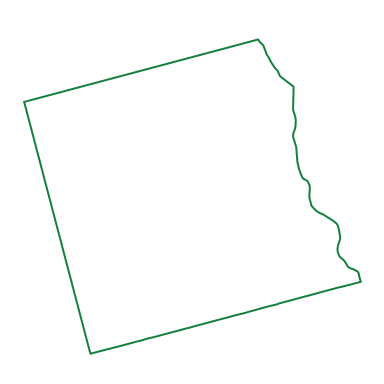 the district of Houston, Minnesota, United States of America, rotated 345°
{"feature_id": "52423323B5787243339085", "entity_name": "Houston", "entity_type": "district", "adm_level": 2, "iso_a3": "USA", "parent_name": "United States of America", "parent_adm1": "Minnesota", "projection": "albers", "projection_center": [-91.368, 43.674], "detail": "fine", "context": "isolated", "style": "outline", "palette": "green", "viewbox_px": 384, "rotation_deg": 345, "n_neighbors": 0, "source": "geoboundaries", "source_scale": "gbopen_adm2", "svg_char_len": 1217}
<svg xmlns="http://www.w3.org/2000/svg" viewBox="0 0 384 384"><g transform="rotate(345 192 192)"><path d="M309.7,153.1L310.7,149.9L311.2,147.2L310.9,138.6L317.2,117.4L317.1,116.2L312.1,109.7L307.1,103.1L306.0,96.9L304.4,94.1L301.9,86.8L301.3,83.2L299.8,78.5L298.8,68.8L296.5,65.1L295.3,61.8L53.2,61.5L52.0,319.2L52.2,321.9L68.3,322.0L84.6,322.2L91.4,322.2L95.2,322.2L98.7,322.2L101.5,322.2L103.8,322.3L104.4,322.3L104.5,322.3L109.3,322.1L111.9,322.1L113.7,322.1L114.0,322.1L114.9,322.2L117.3,322.3L128.1,322.3L149.9,322.3L155.3,322.4L159.3,322.3L182.7,322.3L196.8,322.4L198.8,322.3L207.3,322.4L209.5,322.5L233.8,322.2L244.9,322.5L247.8,322.1L249.1,322.2L307.7,322.1L316.0,322.4L331.8,322.4L331.7,316.7L332.0,313.4L331.4,311.9L329.1,309.3L325.0,306.5L323.4,304.8L321.4,298.0L317.8,292.5L317.3,288.5L317.5,285.8L317.8,284.6L319.2,281.4L322.6,276.3L323.5,274.0L324.2,265.9L324.0,261.3L323.5,260.0L322.5,258.5L320.0,255.3L312.5,247.3L309.5,245.0L307.7,243.0L305.8,240.1L303.8,236.1L304.0,227.0L306.8,218.9L307.3,216.2L306.5,211.8L305.8,210.6L302.7,207.7L302.2,206.3L301.3,197.5L301.6,190.0L304.3,175.7L303.9,165.0L304.9,161.9L307.8,157.7L309.2,154.8L309.7,153.1Z" fill="none" stroke="#15803d" stroke-width="2"/></g></svg>